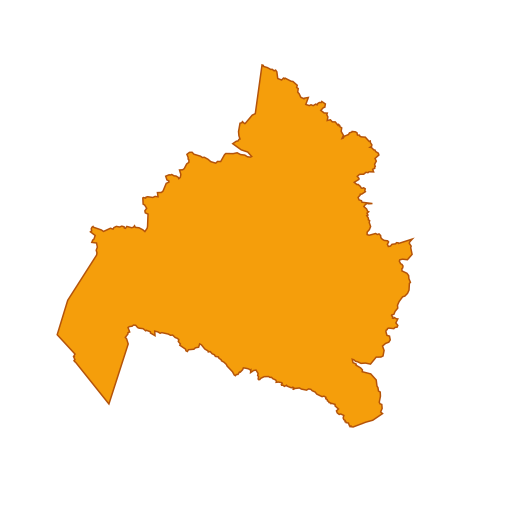 outline of Tinogasta, Catamarca, Argentina, rotated 107°
{"feature_id": "61730980B86901307553736", "entity_name": "Tinogasta", "entity_type": "district", "adm_level": 2, "iso_a3": "ARG", "parent_name": "Argentina", "parent_adm1": "Catamarca", "projection": "natural_earth1", "projection_center": [-68.378, -27.542], "detail": "fine", "context": "isolated", "style": "filled", "palette": "amber", "viewbox_px": 512, "rotation_deg": 107, "n_neighbors": 0, "source": "geoboundaries", "source_scale": "gbopen_adm2", "svg_char_len": 6119}
<svg xmlns="http://www.w3.org/2000/svg" viewBox="0 0 512 512"><g transform="rotate(107 256 256)"><path d="M440.5,353.4L377.5,352.5L373.1,355.5L372.0,357.2L368.1,355.7L366.7,356.0L365.6,354.6L361.8,357.5L360.5,356.4L359.4,354.0L357.9,353.0L357.4,350.8L359.0,348.3L359.2,346.7L358.5,342.7L359.8,339.6L359.1,339.1L359.3,334.9L360.5,334.4L361.7,329.3L357.4,330.9L357.3,327.5L357.9,325.1L356.8,323.7L356.3,317.0L356.8,314.6L356.0,312.6L357.6,309.4L357.7,307.3L358.5,305.4L360.5,305.3L362.2,302.6L363.6,302.8L365.7,296.1L367.1,295.3L367.4,293.7L365.4,293.2L363.3,288.1L361.5,287.1L360.0,284.2L356.5,284.2L356.9,282.2L359.9,277.8L360.8,274.2L361.7,273.6L360.8,271.8L362.3,269.4L362.6,266.9L363.9,265.5L363.5,262.5L364.7,261.4L365.3,259.1L366.3,258.4L366.9,255.6L368.4,252.6L369.7,251.5L373.6,244.6L376.1,242.1L376.5,240.7L375.1,240.1L374.5,238.6L371.8,237.9L371.7,237.1L368.6,235.5L366.7,235.4L366.3,232.9L366.1,230.2L366.6,228.4L366.1,227.7L369.1,227.1L366.2,224.8L365.1,222.6L367.8,219.6L369.8,219.5L370.6,218.3L373.0,218.0L373.5,217.3L373.1,216.3L371.6,215.7L369.0,212.9L367.6,208.8L368.0,207.2L367.5,205.7L368.4,204.1L368.8,201.0L369.7,199.9L370.9,199.8L370.0,197.7L369.6,194.4L370.1,193.7L371.5,194.2L372.1,193.7L371.7,192.1L372.4,190.8L370.7,189.0L371.3,188.4L371.7,183.8L370.7,182.4L370.9,181.5L372.4,181.7L372.5,181.1L371.4,180.2L369.5,175.9L370.0,173.7L369.5,168.5L367.7,166.8L367.5,164.5L368.4,162.9L368.8,159.7L370.3,157.5L371.2,151.7L370.2,150.1L370.7,147.8L372.1,147.6L372.5,145.9L373.6,145.4L373.9,144.0L374.8,143.3L374.7,141.9L375.3,141.1L374.8,140.6L374.8,137.0L376.3,136.5L378.2,132.4L380.6,133.8L382.3,132.4L383.2,130.1L382.3,128.8L382.8,125.4L385.4,125.3L386.8,124.2L387.2,122.7L388.4,122.4L388.4,121.4L389.0,121.1L388.7,118.8L391.1,116.9L390.9,115.7L391.6,115.9L391.1,113.1L382.8,102.4L378.9,96.3L369.7,88.9L368.7,91.2L364.9,90.8L361.2,92.3L361.1,94.2L359.8,95.4L353.7,96.0L349.8,97.4L349.3,99.4L346.2,100.9L345.0,102.3L339.4,104.8L335.2,111.8L335.6,120.6L333.8,120.9L332.4,123.3L331.2,128.4L330.1,128.6L329.6,132.1L326.6,133.8L326.6,132.1L327.6,130.0L327.4,128.0L328.0,124.2L326.4,120.0L325.9,114.9L317.6,111.5L316.1,107.0L314.5,105.3L308.9,105.9L305.1,108.7L301.7,106.5L299.6,103.8L297.0,103.1L293.6,104.9L293.6,107.6L290.3,109.7L288.8,109.8L288.0,109.0L286.9,109.0L286.1,107.9L285.2,103.0L283.8,102.3L282.7,100.2L280.9,100.1L279.1,102.7L274.7,102.0L275.0,103.5L274.4,105.6L275.4,106.3L275.5,107.3L274.1,107.5L273.5,108.9L272.7,109.0L271.4,107.1L268.3,106.8L264.4,105.2L261.7,106.3L257.6,105.8L252.2,103.9L250.8,101.9L247.5,100.2L243.9,99.7L237.3,101.3L236.1,100.6L232.9,103.2L230.1,104.3L228.4,106.6L227.6,112.0L225.5,112.8L224.5,112.2L222.6,112.5L221.4,113.9L221.1,115.4L219.1,117.4L217.6,117.4L216.2,115.0L215.3,110.1L208.8,107.2L202.8,110.5L201.2,110.5L199.1,113.1L197.7,113.2L194.1,111.5L202.3,123.3L201.8,123.9L202.2,125.6L203.5,126.0L205.1,129.4L207.2,130.3L208.2,132.2L206.4,133.8L203.8,133.3L203.0,134.6L203.6,138.1L203.0,140.3L201.9,142.0L200.0,142.8L198.9,144.8L200.0,146.3L199.5,148.2L203.1,153.9L203.0,156.0L200.7,156.7L197.7,155.3L194.3,155.0L190.9,157.5L188.9,157.7L188.5,159.2L186.9,159.6L185.0,161.9L184.1,160.9L182.6,162.4L180.8,161.2L180.6,162.4L178.7,164.0L177.2,167.3L175.3,166.7L173.1,165.1L173.2,163.7L171.8,160.0L173.6,170.4L172.3,171.3L172.2,173.9L170.1,175.5L167.4,174.2L166.5,174.4L165.9,173.0L162.5,170.2L161.9,171.0L159.8,171.2L159.3,173.0L160.2,174.2L160.2,175.3L158.9,176.6L157.7,179.4L158.2,180.3L156.8,183.6L152.7,180.0L151.7,180.2L150.2,182.5L147.6,180.8L146.3,176.9L143.8,175.3L143.6,173.3L142.4,172.5L141.2,168.1L139.0,169.8L137.4,168.1L136.2,168.6L135.6,168.1L133.6,169.4L130.1,168.7L127.9,170.7L123.5,168.0L121.9,169.1L121.1,172.1L119.9,173.2L120.1,174.3L118.5,177.3L118.7,178.7L117.2,177.5L115.8,177.7L114.2,179.7L112.6,180.4L113.3,181.4L110.4,186.2L111.3,190.2L111.1,191.6L110.2,192.4L110.7,194.3L108.6,195.5L108.2,197.3L108.8,200.5L109.5,200.6L110.9,202.6L112.8,203.1L115.7,206.6L117.8,207.1L118.5,208.1L115.1,207.6L111.9,211.0L108.4,211.5L107.8,213.6L106.7,214.1L106.1,215.6L107.1,215.7L104.6,219.4L105.4,222.3L104.0,224.7L105.6,227.5L102.0,227.9L100.2,229.6L98.5,229.6L99.3,232.6L97.8,236.6L94.4,234.9L93.6,233.7L90.3,234.1L89.0,238.3L90.2,238.5L90.7,240.3L92.1,241.5L93.6,241.8L93.2,243.2L95.5,245.3L95.3,247.6L96.6,249.0L96.5,252.7L89.1,252.3L91.0,256.0L91.6,256.1L91.1,259.6L88.2,262.2L87.1,264.0L83.5,264.6L83.0,266.4L80.7,266.5L78.3,271.7L78.6,273.5L77.4,280.2L78.2,280.5L77.8,281.7L80.2,283.0L79.9,287.1L73.8,289.9L72.5,291.6L73.6,292.8L72.7,295.2L73.3,296.3L72.5,300.2L72.5,304.3L71.6,304.7L71.5,306.1L120.1,298.3L122.4,300.8L132.5,305.1L132.7,305.6L131.5,308.3L132.6,308.4L133.7,310.1L142.1,309.1L146.0,307.5L148.8,305.5L149.3,306.3L151.3,306.9L152.0,308.4L155.4,311.1L158.8,301.2L159.0,294.3L162.1,289.2L163.1,290.3L163.6,293.2L162.8,296.2L163.5,300.5L162.8,304.2L164.8,307.8L166.8,314.8L168.2,315.7L176.0,317.4L176.8,320.4L179.0,321.7L179.0,326.8L177.5,330.3L176.7,334.3L177.5,336.1L176.8,338.2L176.8,345.2L175.5,347.4L176.3,349.9L179.0,351.8L181.6,349.7L183.2,349.2L183.8,348.2L186.1,347.6L188.2,349.2L193.5,350.2L195.0,351.4L196.1,354.3L200.0,351.7L202.9,351.4L204.2,352.1L204.6,352.5L203.6,353.2L202.9,355.9L203.3,357.8L202.7,360.4L203.7,361.8L203.7,362.8L206.1,365.7L209.3,363.4L209.6,361.4L210.8,360.9L212.8,363.1L221.1,363.9L222.9,365.1L224.2,368.8L228.0,367.0L228.5,369.9L230.2,371.8L231.0,377.0L231.9,378.4L232.9,378.5L233.0,380.7L233.6,381.2L239.4,379.1L239.8,377.4L242.3,374.5L245.3,375.5L247.1,374.5L247.5,371.5L259.3,368.4L261.3,368.2L265.1,369.4L264.0,371.9L263.2,376.2L263.9,379.8L262.6,381.0L264.3,381.6L265.3,383.1L265.5,388.2L267.7,388.9L267.7,390.1L266.6,390.7L266.7,393.1L268.2,395.0L268.5,398.2L270.4,400.2L272.1,400.6L272.0,403.3L277.1,409.0L276.3,411.5L276.0,419.9L275.4,420.5L276.5,421.3L278.2,421.5L280.0,420.5L281.3,421.4L283.4,415.8L287.2,415.9L288.5,416.8L291.0,417.0L290.2,412.3L293.9,410.3L297.2,410.5L299.5,409.0L301.7,408.7L353.4,423.1L389.4,423.1L402.7,400.4L404.6,400.9L405.2,400.4L405.6,401.0L408.1,398.8L409.1,399.5L410.0,398.7L410.2,397.7L440.5,353.4Z" fill="#f59e0b" stroke="#b45309" stroke-width="1.5"/></g></svg>